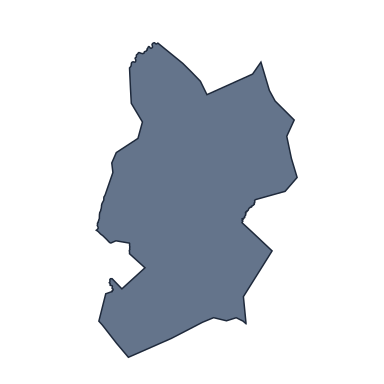 the district of Xotont, Arhangay, Mongolia, rotated 171°
{"feature_id": "93677404B64781784389022", "entity_name": "Xotont", "entity_type": "district", "adm_level": 2, "iso_a3": "MNG", "parent_name": "Mongolia", "parent_adm1": "Arhangay", "projection": "mercator", "projection_center": [102.447, 47.245], "detail": "fine", "context": "isolated", "style": "filled", "palette": "slate", "viewbox_px": 384, "rotation_deg": 171, "n_neighbors": 0, "source": "geoboundaries", "source_scale": "gbopen_adm2", "svg_char_len": 4025}
<svg xmlns="http://www.w3.org/2000/svg" viewBox="0 0 384 384"><g transform="rotate(171 192 192)"><path d="M202.4,344.4L202.8,344.2L203.1,344.1L203.5,343.9L203.8,343.8L204.1,343.9L204.6,344.0L204.9,344.3L205.4,345.0L205.7,345.3L206.4,345.3L207.2,345.1L208.0,344.5L208.4,344.0L208.4,343.5L208.3,342.4L208.3,341.6L208.4,341.1L208.9,340.7L209.4,340.5L210.0,340.3L210.6,340.7L210.9,341.0L211.0,341.5L211.3,342.0L211.6,342.3L211.9,342.4L212.1,342.4L212.5,342.1L212.8,341.5L213.2,341.1L213.8,340.5L214.1,340.1L214.1,339.9L214.0,339.6L213.9,339.4L214.1,339.2L214.4,339.1L214.6,339.0L215.2,338.4L215.5,338.2L216.0,338.2L216.5,338.1L216.9,338.0L217.2,337.8L217.4,337.4L217.5,336.9L217.8,336.6L218.2,336.5L218.8,336.4L219.3,336.4L219.7,336.7L220.1,336.8L220.5,336.9L221.0,337.1L221.4,337.5L221.8,337.7L222.4,338.0L223.0,338.0L223.5,337.6L224.2,336.7L225.0,336.4L225.4,336.1L225.6,335.6L225.8,334.5L225.9,334.0L226.3,333.8L226.6,333.6L227.1,333.3L227.3,332.8L227.2,332.3L226.9,331.7L226.9,331.0L227.0,330.4L227.3,329.7L227.5,329.4L228.0,329.2L228.5,329.2L229.1,329.6L229.4,329.7L230.1,329.8L230.8,329.6L231.4,329.2L231.8,328.5L232.0,327.6L232.4,326.2L233.1,325.3L234.3,324.3L236.6,303.6L238.1,289.1L230.0,268.9L237.0,253.4L260.6,242.8L266.7,233.2L267.1,223.6L278.1,203.0L278.9,201.8L279.7,201.0L279.9,200.4L280.1,199.6L280.2,198.8L280.3,198.1L280.7,197.3L281.2,196.7L281.8,195.9L282.4,195.1L282.8,194.5L283.2,193.6L283.5,192.8L283.6,192.1L283.8,191.4L284.0,190.7L284.2,190.0L284.7,189.1L285.0,188.3L285.1,187.8L285.3,187.6L285.5,187.2L286.2,186.4L286.4,186.0L287.0,184.0L287.3,182.3L287.5,181.6L287.5,180.8L287.7,180.2L288.2,179.6L288.3,179.3L288.4,178.9L288.8,178.2L289.3,177.5L289.3,177.1L289.4,176.6L289.6,176.5L289.9,176.4L290.1,176.2L290.3,175.9L290.3,175.5L290.4,174.9L290.5,174.3L290.8,173.9L290.8,173.6L290.5,172.7L290.3,171.8L290.2,171.2L290.3,170.9L290.7,170.5L291.0,170.1L291.4,169.9L291.7,169.6L292.5,169.2L290.9,167.7L288.8,164.7L286.9,162.8L283.5,158.2L282.3,156.4L281.3,155.0L280.1,154.3L274.8,155.7L261.8,151.3L261.7,151.0L261.7,150.4L261.9,149.8L262.0,149.0L262.0,148.2L262.0,147.5L262.1,147.3L262.2,146.7L262.4,146.1L262.4,145.4L262.4,145.0L262.6,144.6L263.0,144.3L263.1,143.6L263.1,142.7L263.2,141.4L263.4,140.8L250.3,124.5L276.4,107.3L282.2,115.6L284.5,118.9L286.0,119.1L286.8,118.5L287.0,116.8L287.3,115.8L287.9,115.3L287.2,114.4L287.2,113.6L287.5,113.0L287.4,112.6L285.7,112.0L285.4,111.3L286.0,109.5L285.9,109.1L285.1,108.4L285.2,107.6L286.3,107.0L286.5,106.7L286.4,106.2L293.1,105.0L304.2,79.0L301.4,74.7L290.2,54.4L289.9,53.9L280.7,38.7L235.4,50.6L202.0,61.7L190.3,64.5L178.1,59.4L168.0,60.9L161.8,56.5L159.3,53.5L159.2,53.7L157.6,80.6L122.1,121.3L139.1,143.3L147.3,153.7L147.4,154.0L147.1,154.3L147.0,154.5L146.9,154.8L146.7,154.9L146.4,155.1L146.4,155.4L146.4,155.7L146.8,156.0L146.7,156.1L146.6,156.4L146.7,156.6L146.4,156.7L146.2,157.0L146.2,157.3L146.4,157.7L146.2,157.7L145.9,157.5L145.6,157.4L145.6,157.6L145.5,158.0L145.3,158.1L144.7,158.1L144.3,158.3L144.0,158.5L143.9,158.7L144.0,159.0L144.0,159.5L143.8,159.7L143.3,160.1L142.9,160.4L142.6,160.9L142.5,161.2L142.6,161.4L142.7,161.6L142.6,161.9L142.4,161.9L142.2,162.1L142.1,162.4L142.2,162.9L142.4,163.3L142.3,163.5L142.0,163.5L141.9,163.5L141.7,163.9L141.4,163.8L141.1,163.8L140.9,164.0L140.8,164.3L140.7,164.6L140.6,164.8L140.4,164.8L140.2,164.6L139.7,165.0L139.4,165.2L139.1,165.5L139.0,165.8L138.9,166.0L138.7,166.4L138.3,166.8L137.9,167.2L137.5,167.3L137.2,167.6L136.7,167.9L136.5,167.7L136.2,167.8L135.7,167.8L135.4,168.0L135.3,168.7L135.1,168.7L134.8,168.7L134.6,168.9L134.3,169.1L133.7,169.2L133.3,169.5L133.0,169.8L132.8,170.0L132.5,170.0L132.4,170.1L132.3,170.5L132.4,171.2L132.3,171.3L132.2,171.5L131.9,171.5L131.7,171.7L131.7,172.0L131.6,172.5L131.4,173.0L131.5,173.8L130.9,174.3L130.0,174.6L99.9,178.1L85.9,189.9L88.6,209.8L88.6,210.0L89.7,232.2L79.8,247.1L95.7,268.9L99.7,280.2L103.5,308.8L103.6,309.5L113.7,299.0L162.0,285.8L166.4,300.1L173.9,310.8L181.0,320.5L202.4,344.4Z" fill="#64748b" stroke="#1e293b" stroke-width="1.5"/></g></svg>